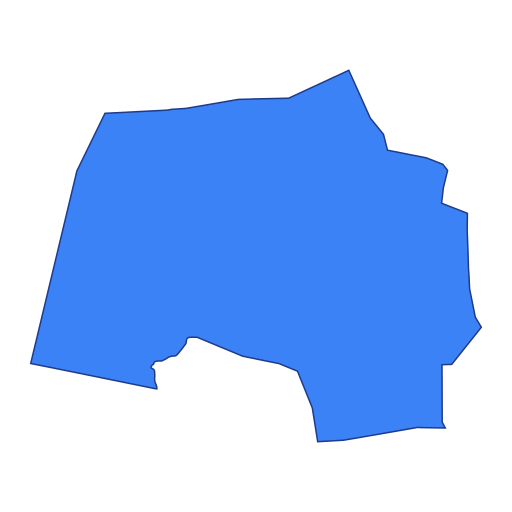 outline of Onavas, Sonora, Mexico
{"feature_id": "50627088B8443354195275", "entity_name": "Onavas", "entity_type": "district", "adm_level": 2, "iso_a3": "MEX", "parent_name": "Mexico", "parent_adm1": "Sonora", "projection": "albers", "projection_center": [-109.518, 28.457], "detail": "fine", "context": "isolated", "style": "filled", "palette": "blue", "viewbox_px": 512, "rotation_deg": 0, "n_neighbors": 0, "source": "geoboundaries", "source_scale": "gbopen_adm2", "svg_char_len": 1717}
<svg xmlns="http://www.w3.org/2000/svg" viewBox="0 0 512 512"><path d="M447.0,169.6L442.8,164.3L426.5,157.9L387.5,150.2L383.5,134.4L370.3,118.1L348.8,70.3L288.6,98.2L251.5,99.0L251.3,99.1L238.4,99.4L185.9,108.4L170.8,109.4L169.7,109.8L166.1,110.2L105.0,113.3L76.9,170.9L72.9,187.6L69.5,201.8L56.1,257.7L30.7,363.5L55.3,368.4L154.3,388.5L156.8,388.9L156.9,387.5L156.7,386.8L156.5,386.2L156.2,385.0L156.0,384.4L155.5,383.4L155.1,382.4L154.8,380.9L154.6,379.0L154.8,375.8L154.7,373.4L154.5,370.7L153.9,369.6L152.9,368.9L152.2,368.5L151.5,368.2L151.3,368.1L151.1,367.8L151.0,367.6L151.0,367.3L151.1,366.9L151.2,366.7L151.4,366.4L151.6,366.1L151.8,365.7L152.0,365.2L152.2,364.9L152.5,364.7L153.2,364.4L153.4,364.4L153.6,364.1L153.8,363.4L153.9,363.1L154.0,362.6L154.1,362.4L154.5,362.0L155.0,361.7L155.9,361.3L157.8,361.0L159.1,361.0L159.6,361.0L160.1,361.0L160.7,361.0L161.3,361.0L161.6,360.9L162.3,360.7L163.3,360.2L164.3,359.7L165.6,359.1L166.7,358.4L167.8,357.6L169.0,357.0L170.4,356.5L171.9,356.1L173.2,356.0L174.3,356.1L175.7,355.7L176.7,355.1L178.3,353.4L179.8,351.5L181.8,349.1L183.0,347.5L184.0,346.1L185.1,344.7L185.9,343.5L186.1,342.7L186.3,341.7L186.4,340.5L186.7,339.3L187.2,338.4L187.5,338.1L188.0,337.7L188.4,337.6L188.9,337.4L189.5,337.4L190.5,337.3L191.8,337.2L197.2,337.3L201.8,339.2L202.0,339.3L242.7,356.2L266.1,361.0L279.1,363.6L297.5,371.2L312.3,407.9L317.7,441.7L343.6,440.2L358.4,437.7L417.6,427.4L421.0,427.6L445.3,428.0L442.2,422.2L442.0,364.7L451.7,364.4L481.3,327.3L481.2,327.0L475.3,317.2L469.6,288.8L469.0,275.6L468.5,268.8L468.1,255.0L467.5,238.3L467.2,231.1L467.4,213.3L448.6,206.0L441.6,203.2L443.4,187.6L447.6,170.5L447.0,169.6Z" fill="#3b82f6" stroke="#1e3a8a" stroke-width="1.5"/></svg>